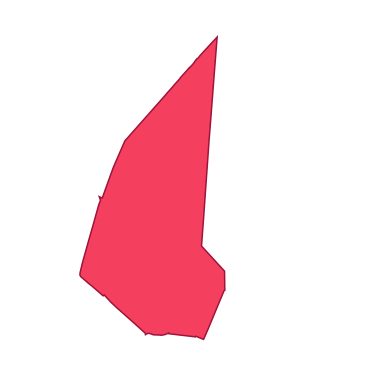 Seda, Strencu, Latvia, rotated 120°
{"feature_id": "27541924B58603814408660", "entity_name": "Seda", "entity_type": "district", "adm_level": 2, "iso_a3": "LVA", "parent_name": "Latvia", "parent_adm1": "Strencu", "projection": "robinson", "projection_center": [25.749, 57.654], "detail": "fine", "context": "isolated", "style": "filled", "palette": "rose", "viewbox_px": 384, "rotation_deg": 120, "n_neighbors": 0, "source": "geoboundaries", "source_scale": "gbopen_adm2", "svg_char_len": 1205}
<svg xmlns="http://www.w3.org/2000/svg" viewBox="0 0 384 384"><g transform="rotate(120 192 192)"><path d="M242.4,270.0L245.0,267.1L249.6,266.4L271.0,260.9L273.8,260.2L287.4,256.8L308.1,251.5L317.8,248.6L319.9,247.6L320.9,246.1L322.9,235.8L323.3,233.0L323.6,231.2L325.8,219.8L326.1,218.5L326.3,217.4L326.3,217.0L325.1,216.6L326.5,211.9L328.1,206.8L330.2,197.8L330.9,194.1L333.4,182.0L337.6,162.0L338.8,161.0L337.8,160.5L336.8,159.7L336.1,158.8L335.6,157.8L335.0,154.1L332.0,148.4L331.3,146.8L329.0,144.1L325.8,141.7L326.4,141.4L320.8,128.3L320.4,127.4L315.7,116.5L314.9,116.5L314.7,114.4L313.9,108.4L313.4,108.3L311.8,108.5L302.9,109.5L299.2,110.0L261.4,114.9L260.8,114.4L244.3,124.2L234.1,156.6L233.7,156.9L207.8,169.4L205.5,170.5L204.1,171.2L203.3,171.6L138.8,203.0L124.7,209.7L83.8,229.3L45.2,247.7L47.0,248.1L48.9,248.5L50.3,248.9L51.8,249.2L53.5,249.6L55.3,250.0L69.9,253.3L70.3,253.3L72.6,253.6L74.6,254.5L75.3,254.6L76.2,254.5L77.3,254.9L78.2,254.8L78.9,254.9L80.3,255.1L85.7,256.2L85.6,256.5L89.8,257.3L98.7,259.2L100.4,259.3L107.4,260.8L112.9,261.8L118.5,263.0L123.9,264.0L125.4,264.3L181.3,275.7L210.4,272.4L242.1,266.7L242.4,270.0Z" fill="#f43f5e" stroke="#9f1239" stroke-width="1.5"/></g></svg>